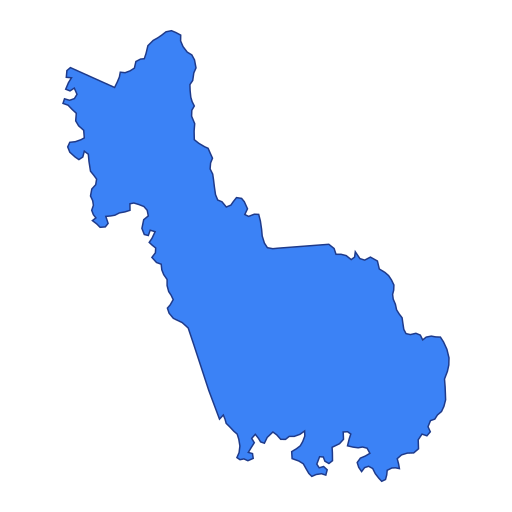 Videira, Santa Catarina, Brazil (Equal Earth projection)
{"feature_id": "56859067B98115345951737", "entity_name": "Videira", "entity_type": "district", "adm_level": 2, "iso_a3": "BRA", "parent_name": "Brazil", "parent_adm1": "Santa Catarina", "projection": "equal_earth", "projection_center": [-51.136, -26.989], "detail": "fine", "context": "isolated", "style": "filled", "palette": "blue", "viewbox_px": 512, "rotation_deg": 0, "n_neighbors": 0, "source": "geoboundaries", "source_scale": "gbopen_adm2", "svg_char_len": 3694}
<svg xmlns="http://www.w3.org/2000/svg" viewBox="0 0 512 512"><path d="M69.8,152.2L75.1,157.0L78.9,159.6L82.8,157.0L84.3,151.2L88.3,154.2L89.0,161.6L90.5,171.2L93.9,175.4L96.6,179.1L95.7,184.7L91.8,189.0L90.5,196.0L92.7,200.7L93.4,205.3L91.7,210.3L93.4,214.7L95.9,217.9L92.4,220.6L96.7,223.9L100.1,227.3L105.3,226.9L108.1,223.4L105.8,216.4L110.9,215.9L114.9,215.2L119.4,212.9L124.9,211.9L130.0,210.3L129.9,203.8L133.8,203.0L138.8,204.5L143.9,206.5L147.2,210.3L148.3,215.9L143.7,219.7L141.9,228.4L144.3,234.5L148.3,235.5L150.2,230.2L155.1,231.7L152.0,238.3L149.2,242.4L152.1,245.1L155.7,248.0L155.4,252.8L151.9,257.4L156.5,262.5L161.2,264.2L161.8,269.8L163.7,274.6L167.1,279.5L167.1,285.6L168.7,291.6L171.1,295.2L173.2,299.6L170.2,304.9L167.4,308.1L169.1,313.2L173.4,318.4L182.2,322.6L188.2,328.0L193.9,345.0L208.7,390.2L219.5,419.1L223.3,415.0L225.0,419.1L226.2,423.4L229.6,426.7L233.8,431.2L237.2,434.1L238.8,439.3L239.9,446.0L239.1,452.6L236.9,457.6L240.0,459.7L243.9,458.9L247.9,460.7L253.2,458.4L252.5,453.6L248.3,452.4L251.2,447.6L254.3,442.7L251.7,438.4L255.3,434.3L258.5,438.4L260.6,441.9L264.4,443.2L267.2,437.4L272.9,432.0L276.7,434.8L280.7,439.3L285.5,439.4L289.2,436.4L294.2,436.4L300.0,434.3L304.6,431.0L304.8,436.1L302.7,441.6L300.3,445.8L296.4,448.8L291.7,451.6L292.1,458.6L298.8,461.0L303.3,463.8L306.0,468.6L308.8,473.4L311.8,476.4L316.2,474.5L321.5,473.7L325.8,475.1L327.2,469.8L323.6,466.5L319.2,467.8L316.8,464.1L319.6,456.7L323.3,457.0L324.9,461.2L328.9,463.5L332.5,460.7L332.4,452.8L332.1,447.3L339.5,443.7L343.5,439.3L343.2,432.0L347.5,431.7L350.8,434.0L349.2,438.9L347.5,445.8L353.0,447.1L358.2,447.8L362.5,447.0L367.1,448.2L369.9,453.3L365.4,456.0L360.4,458.1L357.2,462.5L358.7,467.3L361.6,471.6L364.6,467.6L368.6,466.3L372.7,468.5L375.3,473.7L378.8,478.2L381.7,481.3L385.5,479.5L386.7,475.0L387.2,470.3L391.8,468.0L395.5,467.8L399.4,468.6L398.6,464.0L397.2,458.7L401.5,454.9L407.3,453.1L413.7,452.9L418.5,448.8L418.2,439.8L422.0,434.1L426.9,435.8L430.3,431.8L428.0,426.7L430.5,420.6L434.8,419.1L437.4,415.0L441.5,411.5L443.9,406.4L445.6,399.8L445.4,393.9L445.1,386.8L444.5,379.0L447.4,371.4L448.8,365.0L449.0,357.9L446.9,349.3L443.5,341.9L440.4,337.1L435.6,336.9L431.3,336.1L426.2,337.1L422.7,339.9L420.3,335.1L415.9,333.3L410.4,334.6L406.0,333.6L403.8,329.4L402.8,322.8L402.1,317.8L399.2,314.0L396.6,309.9L395.4,304.3L393.2,299.1L392.6,294.4L393.7,290.1L393.9,285.0L391.5,280.0L388.6,275.6L384.9,272.4L379.3,269.0L377.4,261.0L370.4,257.1L364.7,260.1L359.9,258.6L355.3,251.8L354.6,257.1L351.2,259.6L346.2,255.6L341.1,254.3L336.0,254.3L334.1,248.5L328.8,244.3L277.9,248.2L272.8,248.7L267.4,247.7L264.4,243.1L262.2,236.0L261.6,229.4L260.4,221.1L258.7,214.4L254.3,214.2L248.6,216.4L244.8,214.5L247.5,208.8L244.3,201.7L241.6,198.4L236.5,197.6L233.4,201.5L230.9,205.1L226.3,207.0L222.0,201.8L217.7,200.0L215.5,194.6L214.4,187.0L213.5,179.6L212.7,174.1L210.1,168.9L210.6,162.9L212.5,158.2L210.1,152.9L208.1,148.3L204.5,146.7L198.8,143.3L194.3,139.7L194.1,131.1L194.7,123.7L191.6,116.2L191.8,110.3L194.3,106.0L192.1,101.6L190.8,97.3L190.1,90.4L189.9,84.6L192.7,80.5L193.8,72.9L196.0,67.9L194.5,59.9L191.8,54.9L187.2,52.1L183.0,46.6L180.6,40.9L180.7,35.1L175.8,32.5L171.5,30.7L166.0,31.8L161.5,35.3L157.5,38.0L153.2,40.4L147.9,45.7L146.0,53.6L144.3,58.7L140.5,59.1L135.9,61.5L134.4,68.1L130.0,70.9L125.1,72.7L120.3,72.2L119.4,77.0L117.3,82.0L114.6,87.5L70.4,67.6L66.9,70.6L66.3,77.3L71.5,77.8L68.5,82.6L65.7,89.2L70.0,90.9L74.3,88.1L77.0,94.3L74.4,98.6L69.6,100.3L64.5,98.8L63.0,103.4L68.1,105.2L71.7,109.0L76.3,113.3L75.7,120.9L78.6,125.8L83.7,130.3L84.3,137.9L81.0,139.7L75.3,141.7L69.8,142.3L67.7,146.9L69.8,152.2Z" fill="#3b82f6" stroke="#1e3a8a" stroke-width="1.5"/></svg>